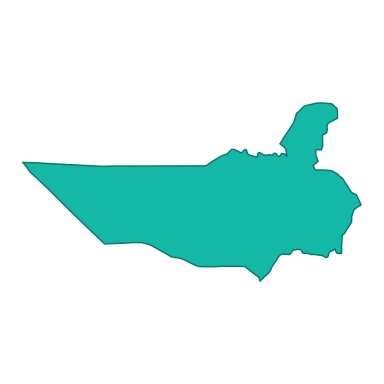 Balad, Sala ad-Din, Iraq (Natural Earth projection)
{"feature_id": "34846034B72296099204368", "entity_name": "Balad", "entity_type": "district", "adm_level": 2, "iso_a3": "IRQ", "parent_name": "Iraq", "parent_adm1": "Sala ad-Din", "projection": "natural_earth1", "projection_center": [44.1, 33.939], "detail": "fine", "context": "isolated", "style": "filled", "palette": "teal", "viewbox_px": 384, "rotation_deg": 0, "n_neighbors": 0, "source": "geoboundaries", "source_scale": "gbopen_adm2", "svg_char_len": 3032}
<svg xmlns="http://www.w3.org/2000/svg" viewBox="0 0 384 384"><path d="M260.0,281.0L262.0,279.2L263.5,277.9L264.8,276.3L267.1,274.4L268.2,273.5L268.7,272.8L269.4,271.9L270.7,270.0L271.6,267.6L272.6,265.8L274.9,262.4L276.8,259.5L278.6,256.7L280.4,254.8L282.9,253.9L284.6,254.2L287.0,254.4L288.4,254.6L290.0,254.2L291.2,252.7L292.1,251.1L293.4,250.2L295.2,249.7L297.2,249.5L298.8,249.4L299.8,249.4L301.1,250.1L301.8,251.1L302.9,253.2L305.5,253.3L307.1,253.3L308.9,253.7L311.3,254.6L313.2,254.5L314.3,254.4L315.3,254.6L316.5,254.8L317.8,255.0L320.5,255.2L321.6,255.3L326.2,257.6L327.6,257.0L328.2,256.0L328.9,252.6L330.0,251.6L331.6,250.9L332.9,250.5L335.1,249.0L336.3,252.3L337.6,253.5L341.4,253.3L341.7,249.8L341.5,246.7L341.9,241.0L342.3,235.3L343.7,234.1L344.4,233.5L347.6,228.2L351.0,223.0L351.5,222.1L351.7,218.8L351.7,216.8L352.2,214.6L353.1,212.0L353.8,210.0L354.5,209.3L356.5,207.6L361.0,204.9L359.2,200.8L356.7,195.5L356.3,194.8L353.3,193.5L351.1,192.0L349.7,189.6L348.1,186.9L346.1,184.1L343.6,180.1L342.6,178.6L339.3,175.9L337.2,173.9L333.8,171.8L331.5,170.7L327.0,170.2L325.2,170.2L319.9,170.0L315.1,170.2L313.1,165.4L318.1,161.4L317.2,158.6L315.8,155.5L315.8,149.6L321.3,149.8L322.7,146.0L322.6,142.7L322.5,139.0L322.5,135.1L324.0,134.2L325.4,133.5L326.5,132.9L327.2,130.2L327.0,126.0L327.5,124.1L329.5,122.3L336.4,118.8L337.4,118.3L337.4,114.8L337.4,111.9L337.0,109.1L336.6,108.1L334.3,106.2L331.9,103.9L325.5,103.2L320.2,103.0L316.2,103.2L311.1,104.4L307.2,105.3L304.9,106.0L303.9,106.3L299.9,110.5L296.8,113.2L296.6,113.4L295.2,117.9L293.7,122.4L288.8,130.2L284.1,137.2L281.0,142.4L280.0,143.8L283.8,146.7L285.7,149.1L286.1,151.6L286.8,154.7L286.8,155.9L285.7,155.6L285.0,154.3L284.5,154.0L283.4,153.7L283.0,153.5L282.0,153.5L281.2,154.1L280.5,155.0L279.7,156.4L278.7,156.4L278.0,156.4L277.3,155.4L276.7,154.7L276.3,153.9L275.5,153.3L274.2,153.3L273.3,154.1L272.5,155.2L270.8,155.0L269.0,154.7L266.2,155.2L263.8,155.0L262.7,154.3L262.2,154.0L260.5,153.1L259.5,152.7L258.7,152.7L258.3,153.0L258.0,153.3L257.9,153.6L257.7,154.3L257.9,155.4L257.5,156.4L256.2,156.8L254.2,156.4L252.7,156.2L248.7,154.7L247.8,153.7L247.4,153.1L246.5,150.4L246.0,149.6L245.0,149.6L244.7,149.8L244.2,150.0L242.9,151.5L241.7,152.5L240.1,152.7L238.7,151.5L236.7,150.6L235.6,150.0L234.5,149.7L233.7,149.4L231.7,149.4L230.1,150.9L227.2,153.9L225.9,154.3L223.2,155.3L220.7,156.4L218.4,157.8L216.3,159.0L212.6,161.2L209.5,163.3L207.8,164.7L205.5,166.0L201.7,165.9L132.2,166.1L111.6,166.1L102.9,166.4L47.2,163.5L35.2,162.7L23.0,162.5L27.1,167.6L30.1,172.1L32.1,173.7L34.7,176.3L37.3,178.3L38.8,180.1L48.3,189.0L59.5,200.2L66.7,207.4L73.3,213.9L77.1,217.6L80.3,220.7L93.9,233.7L104.6,243.9L122.3,243.2L125.9,243.0L132.0,242.6L137.4,242.6L141.9,242.6L148.1,244.3L149.8,244.7L154.2,247.1L166.8,254.1L171.0,256.7L174.9,257.5L179.4,258.0L184.1,259.7L193.5,264.4L198.0,266.2L198.7,266.5L206.5,266.7L213.6,266.7L221.4,266.3L236.1,266.3L244.9,266.5L251.5,271.8L259.0,277.4L260.0,281.0L260.0,281.0Z" fill="#14b8a6" stroke="#0f766e" stroke-width="1.5"/></svg>